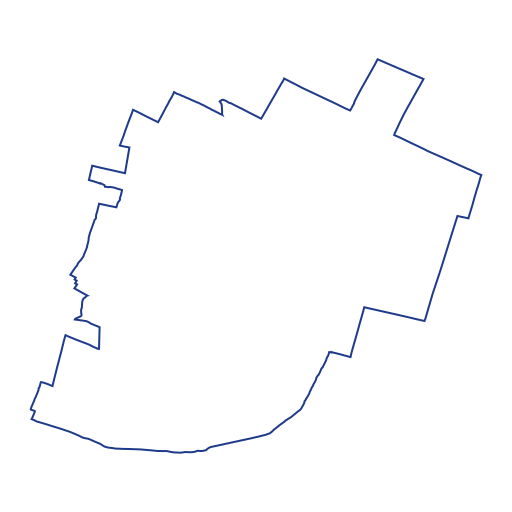 Castranova, Dolj, Romania
{"feature_id": "2599482B20285682712903", "entity_name": "Castranova", "entity_type": "district", "adm_level": 2, "iso_a3": "ROU", "parent_name": "Romania", "parent_adm1": "Dolj", "projection": "equal_earth", "projection_center": [24.0, 44.125], "detail": "fine", "context": "isolated", "style": "outline", "palette": "blue", "viewbox_px": 512, "rotation_deg": 0, "n_neighbors": 0, "source": "geoboundaries", "source_scale": "gbopen_adm2", "svg_char_len": 5845}
<svg xmlns="http://www.w3.org/2000/svg" viewBox="0 0 512 512"><path d="M474.2,198.4L475.7,193.4L477.0,188.8L477.6,187.3L479.0,182.7L480.1,178.6L481.2,175.2L481.3,175.0L478.6,173.9L473.9,171.6L470.7,170.1L467.7,168.9L464.6,167.5L460.0,165.5L454.9,163.1L444.2,158.3L428.7,151.5L424.1,149.2L420.3,147.3L410.7,142.8L399.6,137.4L394.2,135.1L394.9,132.9L396.0,130.7L399.8,122.5L404.2,113.6L407.5,107.6L417.2,90.3L422.3,81.2L423.5,79.0L412.1,74.2L408.3,72.5L396.8,67.6L383.6,61.9L377.6,59.3L376.7,61.0L375.1,64.1L371.2,71.1L361.2,88.8L356.5,97.6L354.2,102.3L354.2,103.3L352.7,105.8L351.5,108.2L350.1,110.5L345.5,108.5L336.0,103.8L303.1,88.3L284.1,78.5L283.2,80.7L281.3,83.7L277.6,90.1L273.0,98.2L270.3,102.8L267.1,108.5L264.3,113.3L261.2,118.7L249.6,112.8L242.5,109.1L234.6,105.2L230.8,103.2L230.2,103.1L229.2,102.9L228.7,102.6L228.1,102.2L227.4,101.8L226.7,101.3L226.2,101.0L225.7,100.7L224.9,100.5L224.4,100.3L223.9,100.1L223.7,99.9L223.4,99.9L222.8,99.8L222.5,99.8L222.2,99.8L221.9,99.9L221.8,100.0L221.3,100.4L220.7,100.6L220.2,101.0L219.7,101.4L220.5,102.5L221.1,103.5L221.5,104.3L221.7,105.2L221.8,106.4L222.1,110.6L222.1,112.7L222.1,114.6L222.2,114.8L221.3,114.3L219.8,113.8L218.9,113.2L218.0,112.8L216.4,112.0L215.2,111.4L214.4,110.9L212.4,110.0L211.8,109.7L210.2,108.7L209.6,108.4L208.9,108.2L207.9,107.6L206.4,106.9L205.2,106.2L204.5,105.7L203.3,105.2L202.5,104.9L202.0,104.6L201.4,104.3L198.8,103.0L196.7,102.2L195.5,101.7L194.3,101.1L193.2,100.6L192.6,100.4L191.6,100.0L189.3,98.9L188.8,98.6L186.6,97.8L185.3,97.2L184.4,96.7L183.1,96.2L181.1,95.4L179.9,94.8L177.7,94.0L177.0,93.8L174.1,92.1L173.7,93.1L173.4,93.7L172.0,96.6L169.9,100.1L169.4,100.9L168.1,103.6L166.7,106.1L166.1,107.1L165.5,108.3L162.9,113.3L158.1,122.2L146.7,116.6L138.1,112.2L134.3,110.4L133.0,109.8L132.0,112.8L128.5,121.9L125.2,130.9L123.7,135.5L121.8,140.4L120.4,144.1L119.8,145.5L120.5,145.7L124.6,146.6L127.9,147.2L129.4,147.5L125.0,173.2L113.1,170.5L100.5,167.7L92.2,165.7L88.9,180.0L93.2,181.2L97.3,182.5L100.2,183.6L100.4,183.2L104.4,185.1L105.0,186.8L105.9,186.7L107.4,187.1L109.1,187.1L110.7,187.0L112.5,187.3L114.2,187.6L116.7,188.5L121.7,189.9L122.0,190.0L121.8,191.5L121.6,192.4L121.4,192.7L121.1,194.5L120.3,197.0L119.9,198.0L119.9,198.7L119.9,199.1L120.0,199.6L120.0,199.8L119.6,200.4L118.3,202.1L117.9,202.6L117.6,203.3L117.2,204.5L116.6,206.6L116.4,207.3L114.0,206.8L109.8,206.0L104.1,204.8L100.8,204.1L99.1,203.7L98.8,205.1L98.0,208.0L97.3,211.1L96.2,214.7L96.0,216.2L96.1,217.3L95.7,218.7L95.3,219.1L95.0,219.5L94.7,219.7L94.5,220.2L94.3,220.9L92.9,224.8L91.0,230.1L90.1,232.5L89.7,233.8L89.3,235.4L89.0,236.4L88.7,237.7L88.6,239.9L88.3,241.3L87.9,243.1L87.1,246.1L87.1,246.8L86.6,248.2L86.0,249.9L84.7,252.8L84.0,254.6L83.4,256.4L83.0,257.1L82.3,257.9L81.7,258.9L81.0,259.8L78.7,262.4L78.3,262.9L77.9,263.5L77.6,264.2L77.3,265.0L77.0,265.6L75.7,267.0L73.8,269.7L71.3,273.4L70.4,274.8L75.7,277.6L74.6,279.5L76.7,280.7L75.1,283.3L77.1,284.4L76.4,285.5L74.4,288.4L80.5,291.8L87.4,295.6L87.1,295.7L86.7,295.8L86.4,296.1L85.6,297.0L85.3,297.3L84.5,297.8L84.0,298.2L83.4,298.7L83.1,299.3L82.4,301.0L82.2,302.0L82.1,303.9L81.9,307.0L81.7,308.2L81.3,309.0L81.1,310.0L81.1,311.3L81.2,312.6L81.2,313.3L81.5,314.1L81.5,315.2L81.2,315.9L80.5,316.4L78.7,317.2L76.0,318.4L75.1,319.0L74.9,319.3L74.8,319.5L76.3,319.7L82.9,320.6L86.8,321.3L88.9,322.3L90.8,323.6L99.6,327.2L99.0,348.9L97.7,348.8L96.4,348.1L93.2,346.8L89.1,344.6L76.2,339.7L68.9,336.7L65.5,335.2L63.6,341.8L63.3,343.4L62.8,345.2L61.1,352.2L59.5,358.2L58.9,360.6L57.3,366.6L54.9,376.2L52.7,385.0L52.5,386.0L51.2,385.6L48.8,384.5L44.6,383.0L41.7,382.2L41.0,382.1L40.8,382.4L40.6,382.8L40.1,385.0L39.4,387.2L39.1,387.8L38.7,388.2L38.6,388.7L38.5,389.9L38.5,390.1L38.3,390.5L37.3,393.2L36.5,395.0L35.9,396.6L35.2,398.1L34.8,398.7L34.6,399.1L34.5,399.7L34.4,400.1L34.2,400.6L31.6,406.6L30.8,408.9L30.7,409.2L30.8,409.5L31.5,409.9L34.4,410.8L34.8,411.1L34.7,412.0L34.1,413.5L33.2,415.6L32.3,417.7L31.6,419.1L32.7,419.6L33.6,419.9L34.3,420.2L35.8,421.0L37.3,421.7L39.0,422.1L41.0,422.7L43.7,423.5L47.4,424.6L51.7,426.0L58.0,427.9L63.0,429.5L70.3,432.0L72.7,433.0L73.3,433.3L74.2,433.6L74.9,433.9L77.1,434.9L79.8,436.1L82.2,437.4L84.1,438.0L86.1,438.4L87.9,438.7L89.4,439.2L94.8,441.6L99.9,443.7L100.0,443.8L101.6,444.7L102.7,445.5L103.8,446.1L104.1,446.4L105.0,446.7L106.4,447.1L107.8,447.5L110.1,447.8L112.2,448.0L114.9,448.5L115.9,448.6L118.8,448.7L123.1,448.9L128.8,449.0L140.3,449.4L149.7,450.2L157.9,451.0L167.0,451.1L170.6,451.9L174.0,452.4L176.7,452.5L180.8,452.7L183.5,452.3L185.3,452.0L187.1,452.1L188.5,452.2L192.0,452.2L193.5,452.0L195.2,451.6L197.6,450.8L198.2,450.8L200.7,451.0L201.9,451.0L203.9,450.7L205.9,450.2L206.8,449.5L207.4,448.9L209.2,447.7L210.5,447.1L238.6,441.0L250.7,438.4L259.3,436.4L265.6,434.8L269.8,433.3L272.2,431.4L274.0,429.6L278.1,426.4L279.9,424.9L282.7,422.9L284.1,421.9L285.2,420.8L286.8,419.8L288.7,418.5L290.1,417.8L291.7,416.6L295.7,413.3L298.0,411.4L299.4,410.4L300.4,409.6L301.1,408.7L301.6,407.9L302.1,406.9L303.5,404.5L304.2,402.9L304.4,402.4L304.5,401.6L304.6,401.1L304.8,400.9L305.8,399.7L305.9,399.0L306.6,398.1L307.1,397.3L307.6,396.5L308.5,395.0L309.3,393.3L309.8,391.8L310.8,389.8L312.1,386.9L312.4,386.6L312.7,386.3L312.9,385.9L313.0,385.4L313.9,383.5L314.5,382.6L314.9,382.0L316.0,379.6L316.4,377.7L317.6,375.8L318.5,374.9L319.1,374.0L320.5,370.9L321.4,368.6L322.1,367.7L322.6,367.5L322.8,366.9L324.5,363.6L326.2,360.1L326.5,358.7L327.0,357.6L328.3,355.3L329.2,352.1L331.4,352.5L331.5,352.0L332.9,352.5L339.1,354.0L350.5,357.1L351.7,352.0L352.9,347.7L357.1,333.0L359.5,324.3L363.3,310.9L364.3,307.2L366.1,307.7L393.3,313.8L407.3,317.0L417.0,319.3L424.5,321.0L425.4,318.6L432.6,293.9L439.2,274.1L442.4,264.1L452.4,232.0L456.2,220.0L457.4,216.0L468.4,218.3L468.4,218.0L469.4,214.9L472.6,204.4L474.2,198.4Z" fill="none" stroke="#1e3a8a" stroke-width="2"/></svg>